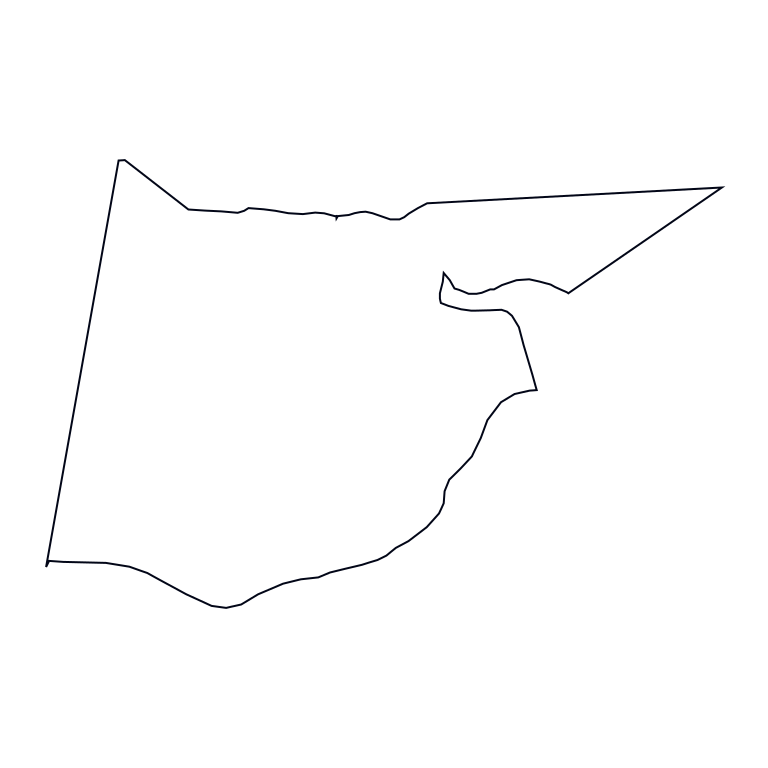 Durandeau, Anse-la-Raye, Saint Lucia (Mercator projection)
{"feature_id": "8701671B30216430122169", "entity_name": "Durandeau", "entity_type": "district", "adm_level": 2, "iso_a3": "LCA", "parent_name": "Saint Lucia", "parent_adm1": "Anse-la-Raye", "projection": "mercator", "projection_center": [-60.993, 13.923], "detail": "fine", "context": "isolated", "style": "outline", "palette": "ink", "viewbox_px": 768, "rotation_deg": 0, "n_neighbors": 0, "source": "geoboundaries", "source_scale": "gbopen_adm2", "svg_char_len": 1850}
<svg xmlns="http://www.w3.org/2000/svg" viewBox="0 0 768 768"><path d="M118.6,160.5L79.4,380.2L46.1,567.0L47.8,563.5L49.1,560.9L63.2,561.9L105.9,562.9L129.4,566.7L141.5,571.0L147.3,573.0L153.2,576.3L161.4,580.8L186.3,594.3L195.7,598.6L211.6,605.9L219.6,607.0L226.2,607.9L231.3,606.7L234.1,606.1L241.2,604.5L258.1,594.3L265.4,591.2L283.0,583.7L298.0,580.0L300.9,579.3L318.3,577.4L330.0,572.5L345.5,568.7L353.6,566.8L362.0,564.8L369.2,562.5L377.5,560.0L382.8,557.4L386.4,555.6L391.0,551.8L395.8,547.9L408.5,541.1L422.9,530.1L426.8,527.1L439.0,513.5L441.3,508.6L443.7,503.3L443.9,500.8L444.6,491.2L449.3,479.6L450.8,478.2L460.6,468.5L470.8,457.6L471.9,456.4L473.3,453.4L480.8,438.0L487.4,420.1L501.0,402.2L508.3,397.8L514.6,394.0L529.7,390.6L533.0,390.4L536.7,390.1L535.1,384.5L532.5,375.1L525.1,350.1L523.6,345.1L522.3,340.1L518.9,327.2L512.0,315.8L507.1,311.7L504.8,310.9L501.5,309.8L493.8,310.1L489.7,310.3L473.7,310.7L471.4,310.7L461.1,309.3L448.4,305.9L445.6,304.8L440.9,303.0L440.4,301.0L439.9,298.6L439.9,293.3L441.4,287.3L442.8,281.7L443.5,274.9L443.7,273.0L449.8,280.2L452.6,285.2L454.5,288.5L459.2,289.9L463.9,291.8L468.6,293.8L476.6,293.8L477.5,293.6L481.7,292.8L490.2,289.4L494.0,289.4L501.0,285.6L501.9,285.1L516.5,280.2L521.9,279.8L529.2,279.3L537.4,281.1L540.0,281.7L542.6,282.4L545.9,283.3L549.1,284.1L550.9,284.7L555.0,287.0L562.8,290.5L564.5,291.2L566.9,292.3L568.4,293.3L569.0,292.8L721.9,187.5L427.1,203.3L418.1,208.0L408.8,213.6L404.2,217.2L399.5,219.4L397.8,219.4L390.3,219.4L372.4,213.2L365.6,211.7L360.2,212.1L354.5,213.2L348.8,215.0L337.7,216.1L337.4,216.9L336.5,218.4L336.3,216.0L335.0,216.2L324.2,213.3L315.2,212.6L302.9,214.1L288.3,213.2L275.4,210.8L263.7,209.3L248.5,208.1L244.2,210.8L237.7,212.8L221.6,211.4L205.2,210.6L188.4,209.5L124.8,160.1L122.3,160.3L118.6,160.5Z" fill="none" stroke="#020617" stroke-width="2"/></svg>